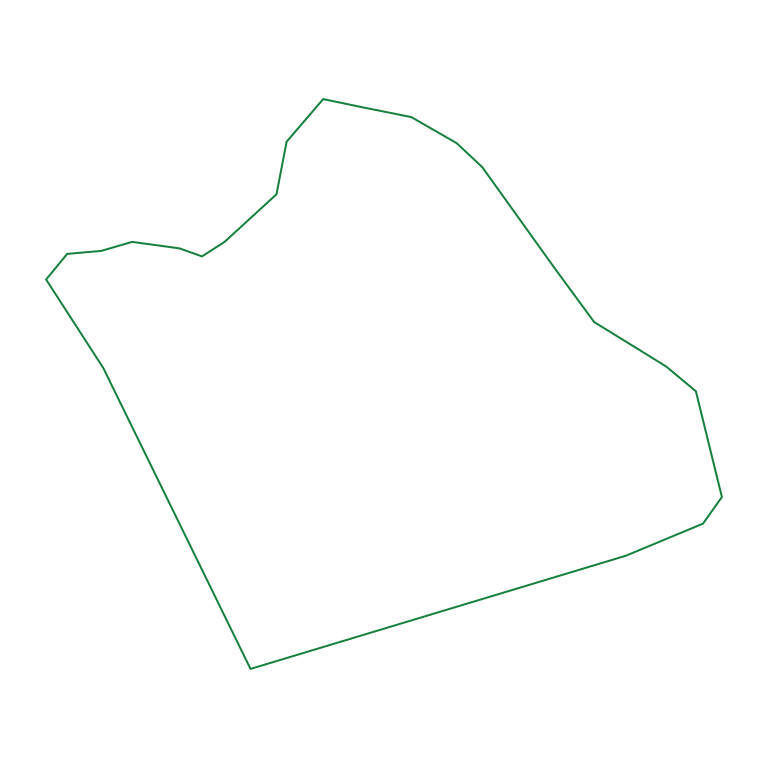 the district of Santana do São Francisco, Sergipe, Brazil
{"feature_id": "56859067B59793984348526", "entity_name": "Santana do São Francisco", "entity_type": "district", "adm_level": 2, "iso_a3": "BRA", "parent_name": "Brazil", "parent_adm1": "Sergipe", "projection": "robinson", "projection_center": [-36.636, -10.286], "detail": "fine", "context": "isolated", "style": "outline", "palette": "green", "viewbox_px": 768, "rotation_deg": 0, "n_neighbors": 0, "source": "geoboundaries", "source_scale": "gbopen_adm2", "svg_char_len": 423}
<svg xmlns="http://www.w3.org/2000/svg" viewBox="0 0 768 768"><path d="M323.2,99.1L286.6,141.7L276.5,194.3L224.5,241.9L202.0,256.4L179.6,248.4L132.0,241.9L101.2,250.9L67.2,253.9L46.1,279.5L103.4,368.2L250.5,668.9L625.9,555.7L703.0,523.6L721.9,497.0L695.9,391.3L666.4,366.7L643.9,352.7L594.2,322.1L554.5,268.0L482.3,167.2L456.7,143.2L411.3,117.1L361.5,107.1L323.2,99.1Z" fill="none" stroke="#15803d" stroke-width="2"/></svg>